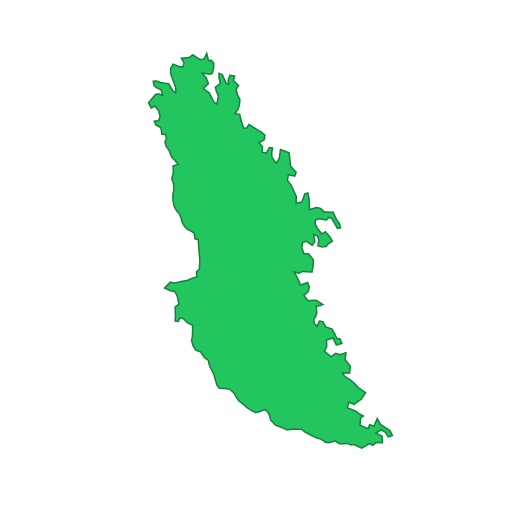 the district of Santa Izabel do Oeste, Paraná, Brazil, rotated 348°
{"feature_id": "56859067B10630725090155", "entity_name": "Santa Izabel do Oeste", "entity_type": "district", "adm_level": 2, "iso_a3": "BRA", "parent_name": "Brazil", "parent_adm1": "Paraná", "projection": "equal_earth", "projection_center": [-53.411, -25.778], "detail": "fine", "context": "isolated", "style": "filled", "palette": "green", "viewbox_px": 512, "rotation_deg": 348, "n_neighbors": 0, "source": "geoboundaries", "source_scale": "gbopen_adm2", "svg_char_len": 3935}
<svg xmlns="http://www.w3.org/2000/svg" viewBox="0 0 512 512"><g transform="rotate(348 256 256)"><path d="M330.7,465.5L334.6,463.5L340.8,464.9L341.9,458.4L336.4,454.2L342.5,452.1L345.9,455.4L347.8,460.5L352.1,460.0L350.7,454.5L346.9,450.8L342.8,446.8L340.8,440.2L335.9,447.0L332.1,444.5L330.0,448.0L326.9,446.3L322.6,443.0L324.7,436.0L327.7,434.8L323.9,431.6L321.1,428.2L313.7,423.4L316.5,418.4L321.1,421.5L325.2,419.7L329.0,418.0L334.8,412.5L329.1,406.5L325.7,401.0L322.5,396.8L317.8,392.2L316.3,388.5L323.2,390.0L325.4,383.4L321.5,375.8L323.9,369.3L318.0,370.0L313.4,367.8L308.6,370.2L303.2,363.4L306.3,359.4L307.5,352.9L314.2,352.2L316.1,359.8L321.8,359.4L320.9,354.6L317.8,353.3L317.0,349.3L315.2,343.3L309.5,340.0L307.9,334.3L304.5,332.8L301.1,337.4L298.9,333.9L299.4,329.9L301.9,327.5L303.7,323.8L304.5,317.6L308.3,317.8L311.3,317.4L305.5,311.7L297.6,310.5L294.7,304.7L299.6,301.6L301.7,297.5L301.0,292.7L293.5,293.6L292.3,287.3L290.1,279.5L294.3,281.8L298.1,280.8L307.4,283.3L309.7,278.0L311.4,271.8L307.8,264.8L303.4,263.8L302.5,257.7L304.4,252.4L308.3,252.0L313.2,257.3L316.5,254.1L316.9,247.2L320.3,249.2L320.8,253.7L318.7,258.9L322.2,260.8L326.2,261.3L329.2,259.2L333.8,257.3L332.6,253.5L329.0,246.7L325.1,248.2L321.8,241.7L320.5,236.8L321.8,232.9L326.2,232.9L332.4,235.5L335.5,233.3L338.1,235.5L341.3,245.8L344.5,246.1L344.3,241.4L342.5,237.7L341.4,233.3L340.6,229.3L332.0,227.1L329.0,222.9L325.4,221.1L318.0,221.8L319.7,212.1L319.9,205.2L316.7,205.3L312.2,212.6L306.2,212.8L307.8,206.0L306.3,199.6L305.1,194.1L302.5,188.6L304.5,183.3L310.6,185.9L312.6,182.4L308.5,175.1L309.9,161.9L302.1,156.9L299.0,165.4L295.3,169.4L293.3,165.9L292.1,162.2L293.0,157.7L294.7,153.8L291.5,152.7L287.6,157.5L283.5,155.7L285.1,150.3L282.3,145.9L288.1,144.1L289.8,139.7L287.1,136.0L283.5,132.8L279.0,128.3L276.5,125.8L273.7,128.7L270.6,128.7L269.7,121.8L269.5,114.1L265.0,112.2L269.1,108.6L271.4,104.2L272.8,99.3L271.2,93.7L271.2,89.0L274.4,85.5L272.3,82.6L270.3,79.6L272.6,75.6L268.1,73.8L265.4,78.0L265.0,82.6L262.6,80.2L260.8,71.8L257.9,69.6L256.9,73.6L257.0,79.8L251.3,82.4L251.5,87.1L252.6,91.6L249.2,99.3L246.7,96.5L244.3,86.8L239.2,81.3L245.3,77.5L244.4,71.6L241.5,66.1L244.5,67.0L248.1,68.5L251.1,68.4L253.3,64.1L254.8,58.8L253.1,55.3L250.1,54.9L249.9,47.6L246.1,52.7L242.2,52.2L235.9,46.1L231.6,48.0L227.5,47.4L224.1,47.0L225.8,52.0L223.9,55.8L220.6,55.0L214.8,51.1L211.5,54.7L210.4,59.5L211.6,68.5L212.5,74.3L211.4,79.8L208.9,76.9L206.4,69.4L199.1,66.7L195.1,64.1L191.8,63.7L191.8,68.5L194.4,71.2L197.7,73.6L198.0,79.5L194.4,77.1L191.3,77.1L187.3,80.2L182.7,83.7L184.2,89.5L188.3,88.4L191.0,93.7L191.1,100.0L188.7,103.4L184.6,102.9L185.3,107.1L189.6,110.7L189.3,117.5L192.5,118.1L193.0,122.3L190.6,125.6L190.9,130.0L192.9,134.6L194.1,141.7L196.8,145.9L198.9,150.3L193.6,150.7L192.6,156.9L189.7,163.0L190.3,168.5L189.5,173.8L187.5,178.6L186.3,184.4L186.3,190.6L187.7,195.2L189.7,198.5L190.6,203.1L190.8,208.0L192.3,212.4L194.5,215.6L197.4,217.9L200.2,220.7L199.9,226.7L202.9,227.7L200.0,249.3L197.8,257.1L194.4,259.2L193.8,264.1L188.2,264.6L183.8,265.6L178.8,265.4L175.2,265.4L170.9,265.5L166.7,263.7L162.8,266.3L159.9,268.3L164.9,272.1L169.3,274.0L170.6,279.0L170.6,287.0L166.3,289.0L164.8,297.5L163.4,302.9L166.5,303.9L168.6,300.5L171.6,301.8L175.0,307.0L179.6,310.6L178.5,315.8L177.1,321.3L175.4,325.3L175.7,330.6L177.6,335.6L182.0,338.5L184.3,344.5L187.7,348.2L187.6,352.4L188.7,357.7L190.2,363.4L190.5,368.5L190.9,374.2L192.6,377.7L198.0,379.2L202.5,380.8L205.9,385.2L207.3,389.7L208.8,393.8L212.4,397.9L215.5,402.3L219.0,405.7L223.0,409.1L227.1,409.0L232.6,408.0L235.1,411.2L236.1,415.1L236.1,419.3L239.9,425.5L245.1,428.8L250.3,432.5L256.2,433.1L260.4,434.1L264.5,434.8L267.5,438.6L273.5,443.5L277.5,446.6L281.5,448.6L285.4,452.8L288.4,453.8L295.0,453.4L298.7,457.1L302.7,457.8L306.6,458.5L309.5,460.5L312.7,460.8L315.4,462.9L319.5,465.9L328.2,463.1L330.7,465.5Z" fill="#22c55e" stroke="#15803d" stroke-width="1.5"/></g></svg>